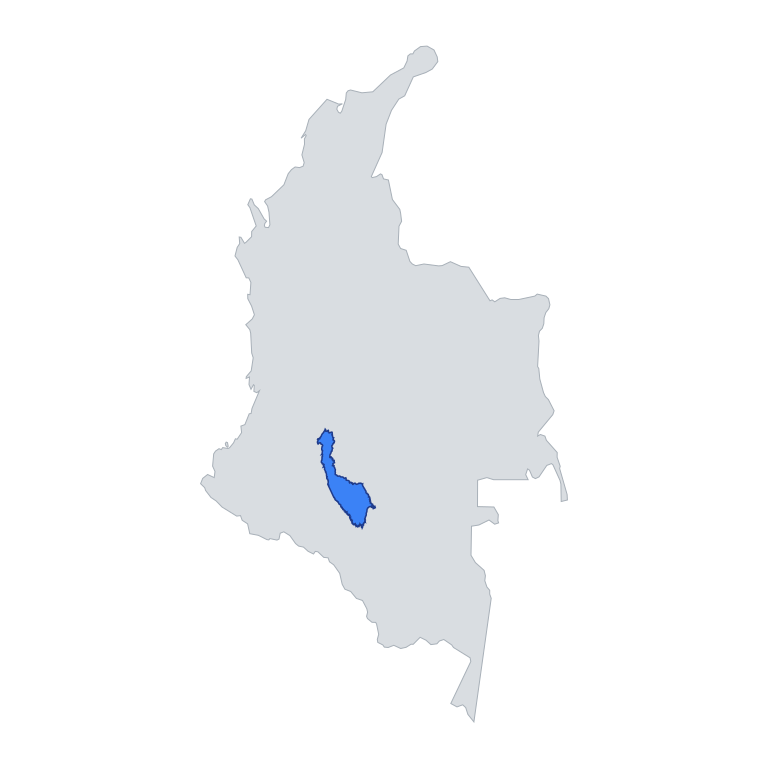 location of San Vicente Del Caguán, Caquetá, Colombia
{"feature_id": "7082276B18611822799653", "entity_name": "San Vicente Del Caguán", "entity_type": "district", "adm_level": 2, "iso_a3": "COL", "parent_name": "Colombia", "parent_adm1": "Caquetá", "projection": "equal_earth", "projection_center": [-74.217, 1.75], "detail": "fine", "context": "in_parent", "style": "filled", "palette": "blue", "viewbox_px": 768, "rotation_deg": 0, "n_neighbors": 0, "source": "geoboundaries", "source_scale": "gbopen_adm2", "svg_char_len": 9578}
<svg xmlns="http://www.w3.org/2000/svg" viewBox="0 0 768 768"><path d="M432.3,69.0L425.9,72.5L413.3,76.9L404.7,95.8L398.8,99.1L391.5,110.3L386.1,124.2L382.1,152.5L371.3,176.6L372.2,177.6L376.5,176.6L380.5,173.9L382.0,174.7L383.5,178.9L388.4,180.0L392.4,199.5L399.8,209.4L400.6,213.2L401.6,221.3L399.0,226.2L398.2,244.1L400.6,248.5L406.2,250.3L409.9,261.4L412.3,264.0L415.7,265.7L423.9,264.0L438.7,265.9L442.2,265.6L450.4,261.7L461.0,266.4L468.8,267.2L490.0,300.8L492.1,299.9L494.8,301.8L500.1,298.4L504.7,297.8L510.8,299.5L518.8,299.5L534.8,296.1L537.2,294.1L545.9,296.1L548.5,298.6L549.9,304.8L548.8,308.7L545.8,312.6L544.1,317.7L543.8,323.8L542.3,328.3L539.5,331.2L538.4,335.5L539.0,341.1L537.6,366.5L538.8,368.6L539.8,379.0L543.5,392.6L545.3,396.5L548.4,399.6L554.1,410.8L552.8,414.6L538.3,432.1L537.6,436.1L540.4,434.5L544.9,436.1L546.4,440.3L557.2,452.5L557.1,457.2L560.2,466.3L559.6,468.4L567.1,494.5L567.4,500.0L561.2,501.5L560.9,484.0L560.0,480.4L553.0,464.9L551.5,463.6L546.8,465.4L539.0,476.9L535.4,478.6L532.4,477.0L529.5,470.2L527.6,468.9L525.7,474.6L528.1,479.7L493.6,479.7L486.9,477.6L477.6,480.2L477.5,506.6L493.9,507.0L498.3,514.6L497.9,520.7L498.6,522.9L494.7,524.2L489.0,520.0L478.9,525.0L471.5,526.2L471.0,555.3L475.4,562.6L484.1,570.4L485.4,575.7L484.8,580.7L486.9,587.0L489.7,590.3L489.7,594.1L491.2,598.3L473.9,721.9L467.9,714.4L465.7,707.6L462.7,704.8L457.0,706.9L450.8,703.5L470.8,661.5L470.1,657.8L453.5,647.5L451.7,644.9L443.8,639.5L439.4,641.0L436.9,643.8L430.9,644.6L426.0,640.2L420.1,637.3L413.2,644.3L411.1,644.2L406.1,647.3L400.7,648.5L393.8,645.3L388.2,647.5L384.3,647.1L382.8,644.9L377.8,642.4L377.3,639.5L378.7,634.3L376.6,624.1L375.7,622.4L372.0,622.3L367.5,618.6L366.6,616.4L367.6,612.2L366.8,608.7L362.5,600.5L356.4,598.4L350.7,591.5L344.9,589.2L342.2,584.3L339.7,573.3L333.7,564.8L329.5,561.8L328.1,557.8L323.8,557.4L317.9,551.8L315.3,551.4L313.5,554.0L308.1,551.3L303.5,547.1L298.7,546.1L295.6,543.6L289.9,535.6L283.8,531.8L280.2,533.2L279.0,539.1L277.0,540.1L269.9,538.6L268.8,539.9L266.9,539.6L258.3,535.3L249.8,533.7L247.6,523.8L242.2,520.3L240.5,515.6L236.7,516.1L222.1,507.1L216.1,500.9L211.0,497.5L205.6,490.5L204.7,487.7L200.6,483.7L202.7,478.4L207.6,474.5L214.2,477.6L215.0,471.5L212.6,466.1L213.7,453.9L215.5,451.1L219.0,448.7L221.3,449.6L222.7,447.6L228.0,448.5L229.6,447.7L233.6,442.8L235.4,438.8L237.2,439.2L241.6,432.6L240.9,426.1L244.9,424.6L249.2,413.8L251.1,413.5L252.0,408.4L259.5,390.6L256.8,392.7L253.9,391.4L254.3,385.4L253.5,384.7L251.0,389.3L249.0,384.6L249.5,377.0L246.1,378.4L246.3,376.7L251.2,370.9L253.2,357.8L251.7,353.0L250.7,333.3L249.8,329.6L245.8,324.7L252.2,319.0L254.4,314.8L251.6,306.1L247.8,298.7L247.7,294.3L250.0,294.7L250.9,282.5L248.8,277.9L246.2,277.8L237.9,259.8L235.0,256.0L237.2,247.4L239.7,243.6L239.2,237.0L240.9,237.3L244.5,243.3L245.9,242.4L251.6,236.7L251.7,231.5L256.2,226.0L249.9,207.6L247.8,204.7L250.4,198.8L251.9,199.1L254.3,204.9L258.3,208.6L264.1,218.9L266.6,221.2L264.8,223.5L264.4,225.9L265.2,227.3L268.5,227.6L269.9,224.8L269.0,212.3L267.6,206.0L264.6,201.6L265.6,199.8L271.5,196.7L283.9,184.8L288.2,173.7L291.5,169.6L295.1,167.0L299.6,167.6L303.1,166.2L304.2,162.6L301.9,154.9L304.5,144.3L304.4,138.9L306.2,135.7L305.6,134.5L301.1,138.2L305.7,130.8L309.0,119.4L327.0,99.3L338.7,104.1L342.4,103.8L337.5,106.3L336.8,109.2L338.5,112.3L340.3,113.2L341.8,111.2L345.7,99.5L346.3,93.0L348.0,90.8L350.5,90.0L361.9,92.8L372.8,91.8L390.5,75.0L403.8,67.9L407.1,61.0L407.9,55.9L410.3,53.9L412.9,53.9L414.4,51.0L420.5,46.6L427.1,46.1L434.0,50.0L437.2,56.9L437.8,61.6L432.3,69.0ZM228.2,446.3L227.4,447.2L225.8,445.6L225.3,443.6L226.2,442.1L227.5,442.6L228.2,446.3Z" fill="#d9dde1" stroke="#a8b0b8" stroke-width="1"/><path d="M317.8,438.9L317.5,439.7L318.1,440.2L317.9,441.2L317.5,441.6L317.4,442.1L317.6,443.1L318.1,444.0L318.6,443.6L319.0,442.9L320.5,442.8L320.6,443.0L320.6,443.5L321.0,443.7L321.2,444.3L322.2,444.5L322.7,445.3L322.5,445.6L322.5,446.1L321.9,447.0L322.0,447.5L321.7,448.4L321.8,450.0L322.2,450.1L322.6,450.7L322.2,452.1L322.3,453.3L321.8,454.1L322.0,454.0L322.5,454.3L322.6,454.8L322.3,455.3L322.5,456.2L322.0,456.8L322.2,457.2L321.9,457.9L322.1,458.4L321.9,459.0L322.0,460.0L321.7,460.2L321.4,461.0L321.3,462.2L322.0,462.7L322.0,463.3L322.2,463.8L322.8,464.1L323.1,464.0L323.3,464.9L323.7,464.4L324.0,464.5L323.7,466.4L323.4,467.0L324.1,466.7L324.5,467.3L324.6,468.1L324.5,469.5L325.1,470.3L325.2,471.0L325.8,471.7L325.6,472.1L325.9,472.3L326.5,474.3L326.5,475.9L326.7,476.5L327.2,476.7L327.2,476.9L326.8,477.1L326.7,478.0L327.1,479.0L327.7,479.2L327.8,479.9L328.2,480.3L328.0,480.9L328.3,481.3L328.2,482.1L328.3,482.6L327.9,483.6L328.1,484.0L327.8,484.4L328.2,485.2L328.7,485.3L328.5,485.9L333.9,497.5L334.3,497.5L334.5,498.1L334.9,498.4L335.0,499.5L335.5,500.1L336.2,500.4L336.9,501.2L337.4,501.2L337.8,502.0L338.2,502.0L338.3,502.5L339.2,504.2L339.7,504.2L339.7,504.5L340.8,505.0L340.8,506.4L341.5,506.9L341.4,507.2L341.6,507.2L342.0,508.2L342.4,508.4L342.5,508.2L342.7,508.7L343.1,509.0L343.0,509.3L343.4,509.2L343.5,509.4L343.8,510.0L344.4,510.3L344.3,510.8L344.7,510.8L344.7,511.0L344.9,511.2L344.9,510.9L345.1,511.1L344.9,511.2L345.1,511.9L345.5,511.6L345.7,512.1L346.1,512.0L345.9,512.2L346.0,512.7L346.3,512.7L346.6,513.1L346.9,513.0L347.0,512.4L346.9,513.4L347.2,514.3L347.4,514.4L347.7,513.8L347.9,514.4L348.4,514.5L348.2,514.9L348.8,515.0L348.7,515.3L349.1,515.5L349.6,514.9L349.7,515.2L349.5,515.3L350.0,515.5L350.0,516.1L349.8,516.3L350.1,517.4L349.7,517.4L349.8,517.8L350.2,517.7L350.0,518.0L350.0,518.4L350.2,518.9L350.7,519.0L350.6,519.4L350.9,519.7L350.9,520.1L351.4,519.9L351.4,520.2L351.6,520.1L351.6,520.6L352.0,520.6L351.7,521.1L351.8,521.4L352.1,521.4L352.2,521.8L352.2,522.2L351.9,522.8L352.3,522.9L352.3,522.7L352.7,523.1L352.8,523.3L352.6,523.7L353.2,524.0L353.1,524.3L353.5,524.7L354.0,524.5L354.4,524.6L354.6,523.9L354.9,523.8L355.2,524.0L355.3,523.9L355.4,524.4L355.8,524.6L355.7,525.0L355.6,525.4L356.1,525.6L356.1,526.0L356.3,525.9L356.2,526.3L357.0,526.0L357.3,526.4L357.2,526.6L357.3,526.8L357.5,526.9L358.1,526.7L358.5,526.1L358.3,526.0L358.4,525.8L358.6,526.2L358.8,526.1L358.8,526.5L359.0,526.5L359.1,525.8L359.0,525.7L359.4,525.6L359.5,525.0L359.5,525.5L359.8,524.4L360.0,525.0L360.3,525.0L360.3,524.6L360.0,524.4L360.1,524.1L360.8,524.9L361.2,524.9L360.8,525.3L361.4,525.6L361.3,526.1L361.8,526.5L361.7,527.1L361.4,526.8L361.4,527.0L361.6,527.3L362.1,527.5L362.2,527.9L362.5,527.3L362.4,527.2L362.5,526.7L362.9,525.9L362.7,525.7L362.9,525.8L363.1,525.5L363.1,524.7L363.3,524.7L363.1,524.3L363.4,524.2L363.3,523.9L363.5,523.6L363.5,523.9L363.6,523.6L363.6,523.8L363.7,523.7L363.7,523.2L364.1,523.0L364.4,522.3L364.7,522.3L364.7,522.0L364.8,522.2L364.8,521.9L365.0,522.0L364.9,521.8L365.2,521.6L365.0,520.8L365.1,520.5L364.9,520.1L365.1,520.0L364.9,519.8L365.2,519.5L364.8,518.9L365.0,518.7L364.9,518.3L365.3,517.9L365.4,516.8L365.7,516.6L365.9,515.6L366.2,515.3L366.3,514.3L366.2,513.2L366.5,512.7L366.9,511.3L367.0,509.6L367.2,509.0L367.6,508.6L367.7,508.0L369.4,506.7L371.1,506.3L371.1,506.7L371.3,507.0L371.5,506.9L371.5,507.3L372.5,507.3L372.6,507.6L373.1,507.9L373.2,508.4L373.5,508.2L373.6,508.5L375.3,507.7L375.2,507.4L374.9,507.4L374.9,507.0L374.7,507.2L374.1,507.1L374.0,506.3L373.7,506.4L373.2,505.8L372.8,505.7L372.7,505.5L372.9,505.5L372.4,505.2L372.5,504.9L372.2,505.0L372.4,504.4L372.1,504.2L371.8,504.1L371.6,504.0L371.7,503.8L371.3,503.7L371.2,503.3L370.7,503.0L370.7,502.7L370.5,502.8L370.6,502.0L370.1,501.9L369.8,501.3L370.2,500.7L369.9,500.6L370.0,500.3L369.7,499.9L370.0,499.8L370.2,499.2L369.9,499.1L369.8,498.7L369.7,498.7L369.8,497.6L369.6,497.0L369.4,496.9L369.3,497.2L369.1,497.0L368.7,497.0L368.9,496.6L368.6,496.3L368.8,496.0L368.3,495.2L368.2,494.7L368.3,494.4L367.9,494.2L367.3,494.0L367.1,493.3L366.4,493.2L366.0,492.6L366.0,491.2L365.1,490.0L364.9,489.2L364.2,488.6L363.9,487.6L363.1,486.6L363.1,486.3L362.6,485.6L362.5,484.9L362.6,484.1L362.3,484.3L361.6,483.4L361.0,483.5L360.2,483.1L359.8,483.4L359.2,483.2L358.6,483.3L358.0,483.9L356.6,484.3L356.0,483.9L355.6,483.8L355.0,483.1L353.3,483.9L353.1,484.4L352.7,484.4L352.5,483.0L351.6,483.2L351.6,482.7L350.9,482.2L349.6,482.9L349.3,482.2L349.4,481.6L349.0,480.8L347.9,480.4L346.7,480.3L346.1,480.0L346.1,478.5L345.8,477.8L344.2,478.4L343.6,477.6L342.8,477.0L340.7,476.9L339.8,476.0L337.9,476.2L337.2,475.8L337.1,475.4L336.7,475.1L335.3,474.5L335.2,473.5L335.4,472.4L335.1,471.5L335.4,469.8L335.3,469.4L334.6,468.1L334.6,467.5L333.9,466.7L334.0,465.6L333.5,465.5L332.9,465.8L332.6,465.7L333.3,465.0L332.9,464.5L332.9,463.5L334.5,462.7L334.2,462.1L334.2,460.5L333.9,460.2L333.2,460.7L333.0,460.2L332.2,459.7L332.4,459.1L332.7,459.1L332.7,458.5L332.3,458.4L332.2,458.0L331.5,457.7L331.2,456.9L330.9,456.8L330.7,457.7L330.4,457.6L330.2,457.0L329.9,457.4L329.7,457.2L329.9,455.2L330.2,454.2L330.5,454.0L330.9,453.1L331.4,451.2L332.0,451.1L332.3,448.5L332.7,448.4L332.5,447.6L331.9,447.1L331.8,445.7L332.8,444.6L332.9,443.7L333.7,443.3L333.7,442.6L334.2,442.5L334.5,441.4L334.4,440.8L333.8,440.5L333.6,440.0L333.0,439.8L333.4,439.0L333.3,438.4L333.6,437.8L332.9,437.7L332.5,435.7L332.2,435.6L332.2,434.8L332.0,434.6L332.4,434.2L332.1,433.3L332.2,433.0L332.0,432.6L332.1,432.3L331.4,432.1L330.6,432.4L330.4,432.6L329.1,432.9L328.4,431.2L328.5,430.7L328.2,430.3L327.3,431.0L327.1,431.4L326.8,431.2L325.8,431.2L325.8,430.0L325.2,429.2L324.8,430.5L324.0,431.5L323.5,432.6L322.5,433.5L321.5,435.2L321.3,436.1L320.9,436.5L320.0,438.2L319.9,438.0L319.5,438.7L319.2,438.4L318.7,438.9L318.5,438.7L317.8,438.9Z" fill="#3b82f6" stroke="#1e3a8a" stroke-width="1.5"/></svg>